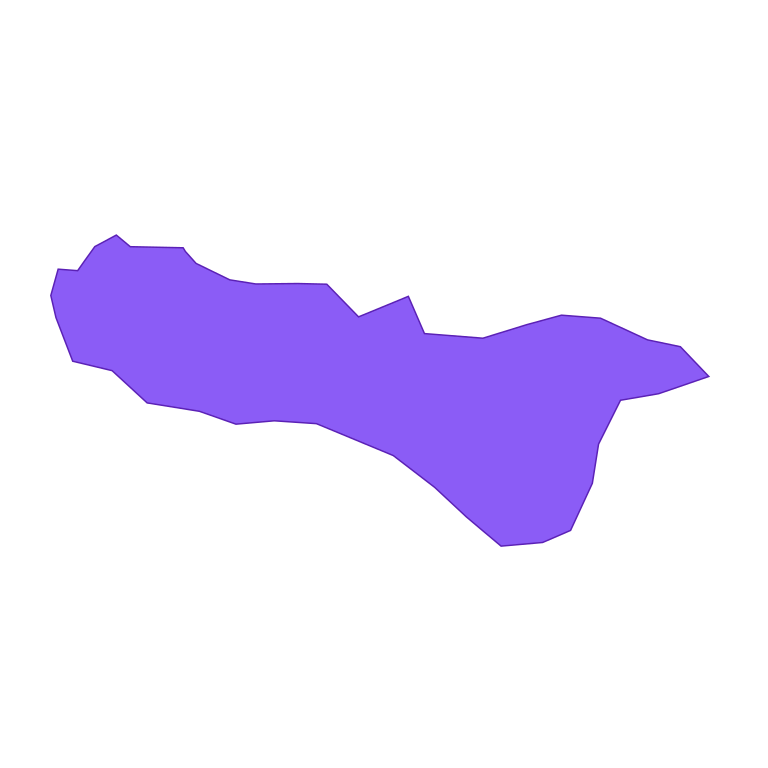 outline of Seo-gu, Daejeon, South Korea, rotated 265°
{"feature_id": "91817680B57044302860475", "entity_name": "Seo-gu", "entity_type": "district", "adm_level": 2, "iso_a3": "KOR", "parent_name": "South Korea", "parent_adm1": "Daejeon", "projection": "orthographic", "projection_center": [127.358, 36.275], "detail": "fine", "context": "isolated", "style": "filled", "palette": "violet", "viewbox_px": 768, "rotation_deg": 265, "n_neighbors": 0, "source": "geoboundaries", "source_scale": "gbopen_adm2", "svg_char_len": 705}
<svg xmlns="http://www.w3.org/2000/svg" viewBox="0 0 768 768"><g transform="rotate(265 384 384)"><path d="M537.2,195.8L542.9,143.2L555.7,130.3L546.1,107.9L532.6,96.3L523.6,88.7L526.8,69.4L501.2,59.8L478.7,63.0L433.8,75.9L421.0,114.3L385.8,146.4L372.9,197.7L356.9,233.0L356.9,271.5L350.4,313.2L311.9,387.0L276.6,425.5L244.5,454.4L228.4,470.4L212.3,486.5L212.3,521.8L212.3,528.2L221.9,557.1L266.9,582.9L305.4,592.5L347.2,618.2L350.4,656.8L363.2,708.2L395.3,682.5L405.0,650.4L430.7,605.4L437.1,566.8L430.7,531.5L421.0,486.5L430.7,428.7L469.2,415.9L453.1,364.5L488.4,335.7L491.6,306.8L494.8,265.1L501.2,239.4L520.5,207.3L533.3,197.7L537.2,195.8Z" fill="#8b5cf6" stroke="#5b21b6" stroke-width="1.5"/></g></svg>